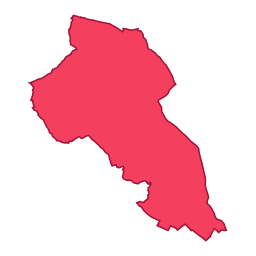 Topliceni, Buzau, Romania
{"feature_id": "2599482B88464222804785", "entity_name": "Topliceni", "entity_type": "district", "adm_level": 2, "iso_a3": "ROU", "parent_name": "Romania", "parent_adm1": "Buzau", "projection": "equal_earth", "projection_center": [26.955, 45.438], "detail": "fine", "context": "isolated", "style": "filled", "palette": "rose", "viewbox_px": 256, "rotation_deg": 0, "n_neighbors": 0, "source": "geoboundaries", "source_scale": "gbopen_adm2", "svg_char_len": 5604}
<svg xmlns="http://www.w3.org/2000/svg" viewBox="0 0 256 256"><path d="M210.3,236.7L210.1,236.2L210.4,236.0L210.2,235.8L211.8,233.3L213.2,230.3L214.2,228.6L216.2,230.1L217.4,231.2L218.7,232.6L220.8,230.5L221.3,230.3L222.9,230.0L224.6,230.6L226.4,230.2L225.2,227.6L224.0,223.8L221.4,220.7L216.8,219.0L215.3,217.1L214.2,213.3L212.9,211.2L211.8,208.8L209.6,205.6L207.5,204.0L207.0,202.3L207.8,199.3L208.6,197.8L208.1,195.3L206.2,189.1L205.3,185.7L205.2,185.0L205.5,180.8L205.5,179.5L205.1,176.8L203.6,170.8L201.9,162.9L200.9,159.8L199.2,152.6L198.6,148.4L196.4,145.6L190.7,141.2L188.1,138.3L185.7,135.8L181.9,132.5L177.8,128.6L176.1,126.8L169.7,122.1L168.2,121.4L166.0,119.1L164.8,117.6L164.6,116.5L161.7,111.8L161.5,106.9L159.9,104.7L158.0,101.0L158.4,100.2L165.7,95.8L166.5,95.2L167.1,94.4L168.0,93.5L168.4,92.8L169.0,91.0L170.3,89.1L173.6,85.9L174.5,85.3L174.4,85.1L174.4,84.9L175.7,84.4L173.9,81.3L172.8,77.7L172.5,76.6L172.0,75.5L168.9,69.8L167.4,67.4L166.2,65.3L165.0,64.2L162.1,60.8L159.9,57.3L156.9,55.3L156.2,54.1L154.3,52.2L152.6,51.2L151.6,50.1L148.9,49.2L148.4,48.7L147.8,47.5L147.3,43.9L146.6,42.6L145.9,39.9L145.7,39.5L143.2,37.2L143.2,35.4L143.0,34.5L141.5,31.8L141.1,31.3L140.1,30.7L139.6,30.6L137.9,30.6L137.7,30.3L137.7,29.9L138.1,28.7L132.7,30.0L131.7,30.1L129.5,29.8L127.0,29.1L123.1,28.5L123.0,28.9L123.2,29.3L123.3,29.9L123.5,30.2L123.5,30.4L123.4,30.5L123.2,30.5L123.1,30.9L122.7,31.2L122.6,31.7L116.0,27.4L111.5,24.9L109.6,23.7L102.8,22.5L99.0,21.7L92.6,20.0L90.9,19.8L90.4,19.8L89.3,19.5L87.3,19.2L86.1,18.8L85.4,18.1L82.1,17.6L80.9,17.1L80.9,17.5L79.5,17.2L78.9,17.1L77.7,16.4L75.0,15.9L73.5,15.4L73.4,15.5L73.2,15.6L72.9,16.4L72.7,16.4L72.5,16.7L72.5,17.6L72.1,17.8L71.6,17.8L71.1,18.1L71.2,18.5L71.5,18.8L72.1,18.9L72.5,19.6L72.9,20.1L72.7,20.2L72.7,20.4L71.7,21.8L71.3,22.0L71.3,22.3L71.2,22.6L71.2,24.2L70.7,26.1L70.4,26.4L70.3,27.0L70.5,27.8L70.5,28.0L69.5,28.7L68.9,29.5L68.8,31.0L68.9,32.1L69.0,32.7L69.0,32.8L69.2,33.5L69.1,34.4L69.3,34.7L69.5,34.9L69.6,35.2L70.0,35.5L70.2,39.1L70.1,40.1L69.9,40.8L70.0,40.9L70.6,43.2L70.5,44.6L73.4,46.1L76.1,48.1L76.7,49.2L74.2,50.2L72.5,51.2L72.1,51.6L71.9,52.3L71.4,53.2L70.8,53.5L71.0,54.1L70.6,54.5L69.8,54.7L69.3,55.1L68.9,55.1L67.5,56.1L66.7,56.4L66.0,56.8L65.9,57.6L64.8,58.4L64.6,58.7L64.4,59.5L64.1,59.9L62.4,61.3L62.0,61.7L60.8,63.5L60.5,63.8L59.6,64.4L59.1,64.9L58.6,65.4L58.1,66.6L57.4,67.3L56.2,68.0L55.1,68.5L54.1,69.1L53.3,69.3L52.9,69.2L52.8,69.7L51.9,70.7L51.9,71.3L51.3,72.1L51.0,72.8L50.5,73.5L49.9,73.5L48.9,74.0L48.1,74.0L46.7,75.3L45.3,76.0L44.1,77.1L43.0,77.5L41.8,78.4L41.3,78.5L40.2,78.6L39.5,79.0L38.3,79.1L35.0,80.8L33.6,81.3L32.4,81.9L31.8,82.0L30.4,82.9L29.6,82.9L30.5,83.7L31.2,84.0L31.8,85.0L32.7,85.9L32.7,86.1L33.5,87.5L33.6,87.9L33.6,88.4L32.6,89.7L32.5,89.9L32.5,90.1L32.7,90.5L33.3,91.3L33.4,91.8L32.9,93.1L32.9,94.3L32.0,96.8L31.8,98.1L31.0,99.9L31.0,100.5L32.9,100.6L32.7,101.3L32.8,102.1L33.6,105.5L34.4,106.7L32.5,107.7L33.1,108.3L33.4,109.0L33.6,109.6L34.0,109.9L36.6,111.0L37.2,111.8L37.4,112.5L38.1,113.5L37.9,114.5L38.5,115.4L38.7,115.8L39.6,116.6L40.4,117.7L42.8,119.4L43.5,120.2L43.8,121.1L44.3,121.5L44.6,122.6L45.0,123.3L45.3,124.1L45.6,124.5L46.3,126.1L47.1,127.4L47.6,128.0L47.7,128.4L48.6,129.5L49.3,131.7L49.5,132.7L50.3,133.2L51.2,133.9L51.5,133.9L51.7,134.1L52.1,134.7L52.1,135.2L52.5,136.3L53.0,136.8L54.3,137.8L56.1,139.4L56.5,140.6L58.5,140.8L60.1,141.2L61.8,142.4L63.0,142.5L63.5,142.7L64.3,142.9L65.7,143.0L66.5,142.6L66.5,142.8L66.8,142.9L68.6,143.1L68.9,142.3L68.9,141.7L69.8,141.2L69.9,141.4L70.5,141.5L71.6,141.4L72.2,141.2L72.4,140.8L74.0,140.0L74.5,139.3L75.8,138.5L77.1,137.9L78.1,136.9L78.7,136.7L79.6,137.0L80.5,137.6L81.0,138.1L82.2,138.5L83.3,137.7L84.0,137.5L84.2,137.2L85.7,136.3L88.3,135.4L89.0,135.8L90.0,137.1L91.0,138.1L92.0,139.5L92.5,139.9L94.8,141.4L95.5,142.3L95.9,142.6L97.5,144.1L98.5,144.7L100.6,147.5L101.8,148.3L102.8,148.7L104.1,150.4L104.5,151.2L105.8,152.7L108.0,154.2L108.5,154.6L108.8,155.2L109.4,157.5L109.3,157.8L109.6,159.4L110.2,160.4L110.6,161.8L110.7,162.3L110.8,162.6L111.0,163.6L112.1,165.9L112.7,165.9L112.9,165.7L114.6,165.1L116.0,164.8L116.7,166.6L117.1,167.2L118.7,167.8L122.4,166.6L123.3,166.4L123.7,167.7L123.8,168.8L122.6,169.3L123.8,171.9L123.8,172.2L123.3,172.9L123.1,174.5L122.5,176.9L123.6,178.9L127.7,180.6L128.0,180.6L128.1,180.4L129.2,180.0L129.7,180.3L131.0,180.6L131.5,180.7L132.4,181.7L133.8,182.8L134.3,182.9L134.5,183.0L135.3,183.3L135.7,183.2L136.7,183.6L138.4,183.7L138.8,183.6L139.2,182.8L139.6,182.4L142.5,181.5L142.4,181.4L144.0,181.1L144.8,180.7L146.1,181.2L146.3,181.5L146.8,181.9L146.7,182.0L146.8,182.1L147.1,182.2L147.0,182.4L147.4,182.5L147.5,182.8L147.3,182.8L147.3,183.0L147.3,183.3L147.7,183.4L147.7,183.7L148.7,184.1L149.3,184.3L149.6,184.1L149.8,183.7L149.7,183.1L150.2,183.2L150.4,183.1L150.5,182.7L150.9,183.2L150.6,185.1L150.3,185.5L149.9,186.1L148.1,188.0L148.2,189.2L148.1,190.2L147.9,190.5L148.2,190.7L148.5,190.7L149.0,193.9L148.8,194.3L147.6,195.2L147.8,195.8L148.1,198.6L144.8,201.1L144.1,201.8L144.0,202.0L143.2,202.4L142.6,202.4L140.0,201.5L139.8,201.5L139.2,201.7L138.1,202.4L136.7,202.8L139.7,206.4L140.9,206.6L141.6,207.3L143.7,210.4L146.5,213.2L150.7,216.6L151.9,217.3L159.8,220.9L157.1,225.6L168.0,230.5L170.7,225.9L175.9,228.3L176.5,229.0L177.4,230.1L185.1,224.2L188.8,227.8L191.1,230.6L191.3,230.5L192.1,229.9L193.6,231.1L199.7,235.9L200.0,236.0L201.9,237.3L202.2,237.5L202.6,237.7L203.0,237.9L202.8,238.1L203.5,238.6L203.8,239.0L205.7,240.6L206.0,240.5L206.2,240.2L207.2,239.6L207.7,239.0L208.5,238.1L209.4,237.5L210.3,236.7Z" fill="#f43f5e" stroke="#9f1239" stroke-width="1.5"/></svg>